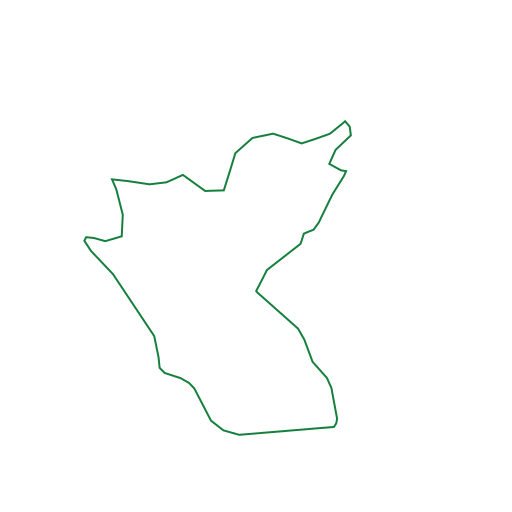 map outline of Ağstafa (Mercator projection), rotated 215°
{"feature_id": "AZE-1676", "entity_name": "Ağstafa", "entity_type": "District", "adm_level": 1, "iso_a3": "AZE", "parent_name": "Azerbaijan", "parent_adm1": "", "projection": "mercator", "projection_center": [45.457, 41.201], "detail": "fine", "context": "isolated", "style": "outline", "palette": "green", "viewbox_px": 512, "rotation_deg": 215, "n_neighbors": 0, "source": "natural_earth", "source_scale": "10m", "svg_char_len": 940}
<svg xmlns="http://www.w3.org/2000/svg" viewBox="0 0 512 512"><g transform="rotate(215 256 256)"><path d="M260.2,417.5L253.4,415.7L247.5,409.2L251.7,388.6L248.8,373.5L235.5,374.9L230.9,377.2L229.9,372.2L228.7,350.2L225.3,328.5L223.8,319.7L223.9,310.6L226.6,306.5L229.6,301.8L228.1,296.8L226.5,291.5L239.0,250.9L236.8,235.3L235.8,227.5L234.1,226.9L179.8,220.6L168.4,215.2L149.0,201.8L128.0,196.8L118.6,191.2L96.2,169.2L94.3,164.9L94.1,160.7L167.2,99.9L182.6,94.5L198.4,95.3L207.4,100.0L230.5,112.1L238.0,113.6L247.7,112.7L263.7,107.8L270.8,109.1L277.8,117.2L293.4,132.0L362.7,159.1L394.0,165.5L405.3,170.0L405.9,174.0L399.0,177.8L388.0,181.7L377.3,195.1L388.8,213.4L408.7,230.5L417.9,236.2L403.3,244.2L384.4,253.6L371.6,265.0L362.4,280.5L335.0,280.1L320.0,291.3L325.9,310.0L331.9,328.4L326.6,350.7L312.2,366.0L297.5,370.5L283.2,374.4L274.8,385.6L265.6,398.5L260.2,417.4L260.2,417.5Z" fill="none" stroke="#15803d" stroke-width="2"/></g></svg>